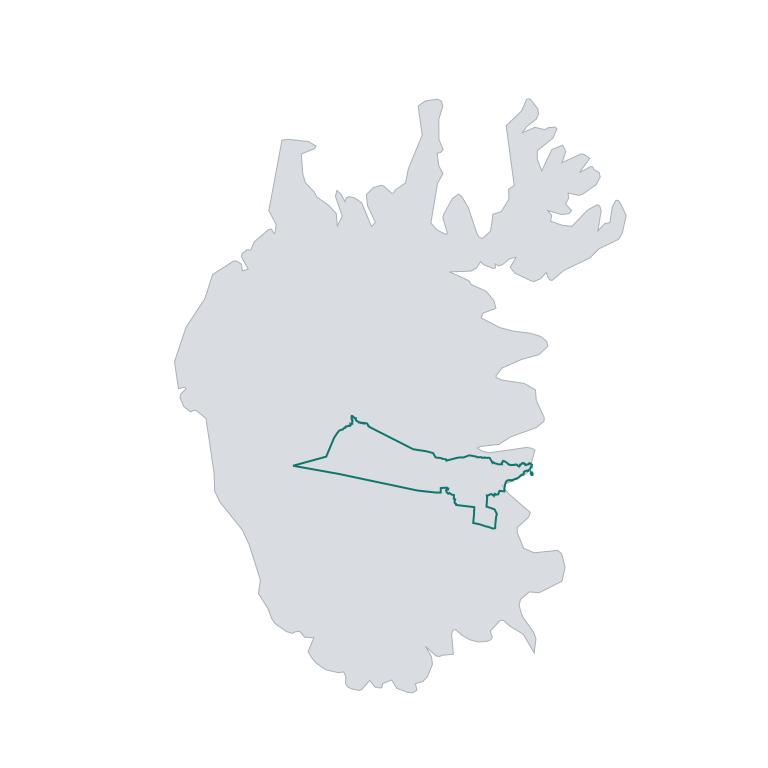 location of Þingeyjarsveit, Norðurland eystra, Iceland, rotated 100°
{"feature_id": "244011B2873245088627", "entity_name": "Þingeyjarsveit", "entity_type": "district", "adm_level": 2, "iso_a3": "ISL", "parent_name": "Iceland", "parent_adm1": "Norðurland eystra", "projection": "albers", "projection_center": [-17.794, 65.291], "detail": "fine", "context": "in_parent", "style": "outline", "palette": "teal", "viewbox_px": 768, "rotation_deg": 100, "n_neighbors": 0, "source": "geoboundaries", "source_scale": "gbopen_adm2", "svg_char_len": 9256}
<svg xmlns="http://www.w3.org/2000/svg" viewBox="0 0 768 768"><g transform="rotate(100 384 384)"><path d="M572.4,212.2L578.7,212.5L588.7,207.5L602.7,193.3L608.8,190.1L622.8,189.4L606.3,203.3L600.6,218.0L596.1,225.2L596.3,228.3L608.8,236.5L614.5,233.3L617.2,234.3L619.7,238.3L621.7,246.4L621.0,254.9L617.9,263.6L613.5,270.9L614.2,273.1L618.1,274.1L638.1,268.8L640.9,279.1L642.9,282.4L642.6,286.0L635.1,297.6L644.2,290.0L651.6,287.6L664.7,290.4L670.2,294.1L673.7,301.0L680.0,298.4L683.2,302.3L683.6,306.6L681.5,318.6L674.2,325.1L679.3,333.4L683.2,333.3L684.1,335.2L684.0,340.3L678.4,346.7L688.6,352.7L690.1,355.1L689.9,362.7L688.6,367.2L685.7,369.9L678.6,370.8L674.5,373.9L676.2,378.5L675.6,391.5L670.6,402.4L665.6,408.3L660.7,412.3L646.1,409.0L647.1,418.1L642.2,424.0L643.5,428.6L645.4,430.9L644.8,437.0L638.8,449.8L634.3,454.0L625.2,459.3L612.2,471.3L598.5,471.7L565.3,489.1L552.2,498.3L528.8,525.1L518.7,532.2L501.4,535.8L448.9,553.3L443.0,563.7L442.7,565.9L445.0,569.9L441.0,577.2L433.0,582.5L429.2,582.4L422.7,577.9L421.8,580.1L424.4,585.6L398.3,594.2L362.5,588.8L331.0,575.2L305.9,571.8L288.9,553.3L288.6,550.5L290.7,545.2L297.2,543.2L294.4,537.7L283.3,546.6L279.9,546.2L275.5,542.2L275.5,538.5L266.7,536.6L252.0,524.5L251.0,521.9L254.9,518.4L254.2,517.6L245.9,517.8L233.3,527.5L161.7,526.8L159.7,521.1L158.3,500.6L161.5,492.2L164.4,493.3L171.8,505.4L191.2,500.4L199.2,496.6L207.1,486.0L211.4,482.7L218.0,469.0L224.3,460.7L236.5,457.4L226.0,454.2L207.6,464.4L201.6,464.0L204.7,459.2L211.2,454.1L207.0,453.5L205.6,450.9L205.8,445.6L209.4,437.4L231.1,423.7L226.4,420.5L211.3,431.1L200.6,434.3L192.4,428.5L188.8,421.2L189.3,418.1L194.9,409.5L194.2,407.7L190.9,406.6L182.3,397.7L167.8,397.4L132.3,389.6L104.3,398.6L98.3,392.7L94.1,380.8L95.6,376.4L100.6,374.4L113.7,376.0L133.5,372.4L142.9,366.5L146.2,368.4L147.5,371.8L159.8,367.8L166.6,362.5L177.1,366.1L217.4,365.8L223.1,358.5L225.8,349.5L225.0,347.5L209.8,355.0L206.4,354.6L189.7,349.0L184.0,343.5L186.3,339.6L195.9,331.5L219.7,318.6L223.0,315.9L223.6,312.4L215.0,305.6L197.8,306.1L194.0,298.5L180.2,293.1L170.6,295.1L166.0,290.2L108.4,308.5L91.4,296.0L78.7,292.9L77.9,289.5L86.5,280.1L91.8,278.7L96.8,280.2L105.9,288.3L112.5,291.2L105.0,279.9L105.6,269.8L103.2,267.0L101.3,260.1L102.6,258.0L112.5,260.4L127.6,273.5L135.8,272.2L146.7,265.7L124.0,259.4L117.8,249.6L123.3,245.3L135.1,247.1L123.3,230.1L123.0,227.3L125.9,220.6L141.8,228.2L134.0,218.1L133.9,216.0L136.5,214.5L138.4,208.9L142.7,207.0L150.8,209.7L162.8,221.6L164.4,224.8L164.0,235.8L169.2,234.5L175.1,236.5L180.7,229.4L184.1,231.5L186.3,238.3L184.8,252.9L188.8,248.1L194.8,248.2L196.7,236.2L196.2,226.4L177.4,213.8L170.4,205.1L171.5,202.4L175.5,200.3L196.1,199.9L187.7,194.5L185.9,189.5L170.3,190.0L162.7,187.4L162.7,184.9L166.1,181.6L176.1,174.8L193.8,175.5L200.8,178.1L213.4,195.6L224.0,203.1L241.1,226.8L252.5,236.1L252.9,238.3L250.8,240.8L246.0,243.6L252.9,247.8L256.9,253.9L257.0,256.5L252.1,274.4L247.2,280.0L236.3,275.9L238.6,281.8L246.2,288.4L247.8,292.0L246.4,295.3L250.3,294.4L251.4,296.4L249.1,306.6L246.8,310.2L253.4,312.7L257.7,318.0L262.3,339.1L266.1,323.3L268.0,317.5L270.9,315.5L275.0,299.4L282.9,290.2L290.1,286.9L296.8,298.5L302.0,299.9L308.3,280.2L309.5,265.6L308.6,249.4L310.0,237.9L313.8,231.1L318.5,229.2L328.1,236.4L335.9,252.7L347.8,270.6L356.4,275.2L358.0,274.7L359.7,269.0L359.1,246.0L363.4,233.9L373.7,231.2L389.4,220.3L393.0,220.0L400.5,226.6L413.9,249.8L423.6,260.6L428.6,277.8L430.9,281.0L433.1,275.6L433.4,268.0L421.7,232.5L421.6,227.7L422.8,223.9L444.0,225.9L448.8,229.8L463.6,250.0L470.8,241.7L485.1,217.7L490.0,218.4L502.3,227.9L507.2,227.0L521.4,218.1L524.2,206.9L517.7,184.4L520.1,179.7L533.1,173.8L547.3,174.5L562.6,195.0L563.5,204.8L572.4,212.2Z" fill="#d9dde1" stroke="#a8b0b8" stroke-width="1"/><path d="M468.8,246.8L467.6,247.1L466.1,247.3L463.9,247.3L460.7,247.2L458.7,246.7L458.5,246.4L458.2,246.3L458.0,246.0L457.6,245.7L457.3,245.2L457.1,244.3L456.9,244.1L456.9,243.8L457.0,243.6L456.9,243.2L457.0,243.0L456.9,243.1L456.7,242.8L456.9,242.6L456.7,242.5L456.6,242.3L456.6,242.1L456.7,241.9L456.8,241.7L456.6,241.3L456.8,240.9L456.7,240.8L456.6,240.6L456.3,240.7L456.0,240.5L455.6,239.6L455.1,239.0L455.1,238.6L454.9,238.3L454.7,237.7L454.3,237.6L454.1,237.3L454.0,237.0L454.0,236.5L453.6,236.3L453.3,235.7L452.7,235.2L451.8,234.6L450.4,233.4L449.4,232.7L449.0,231.8L449.1,231.6L449.2,231.4L448.9,231.3L448.7,231.0L447.8,230.7L447.4,230.8L446.3,230.9L445.6,230.3L445.3,230.0L445.3,229.6L444.9,229.2L444.5,228.3L444.4,228.0L444.5,227.6L444.9,227.3L444.6,226.9L443.6,226.6L443.2,225.9L442.9,225.7L442.5,225.3L441.6,225.3L441.2,225.0L440.6,224.8L440.3,224.5L439.8,224.6L439.5,224.5L439.4,224.4L439.5,224.3L439.4,224.3L438.5,224.4L438.0,224.2L437.8,224.3L437.7,224.8L437.4,225.2L437.1,225.4L436.9,225.8L436.9,226.2L436.6,226.8L436.6,227.0L437.0,227.4L437.5,227.6L438.0,227.6L438.1,227.8L438.1,228.2L438.2,228.5L438.5,228.9L438.5,229.2L438.6,229.3L438.8,229.8L439.1,230.0L439.1,230.3L439.3,230.6L439.2,230.8L438.3,231.1L438.1,231.6L438.1,231.8L438.3,232.1L438.2,232.4L437.7,232.6L437.9,233.0L437.8,233.8L438.3,234.5L439.0,234.6L439.6,235.5L439.7,236.0L440.0,236.1L440.8,235.9L441.8,236.5L441.6,237.4L441.2,237.9L441.0,238.4L440.5,238.8L440.4,238.9L440.4,239.1L440.4,239.6L440.6,240.3L440.6,240.5L440.5,241.0L441.0,241.4L441.3,241.9L441.3,242.1L441.2,242.5L441.4,242.9L441.5,244.0L441.7,244.3L441.8,244.8L441.9,245.2L441.8,245.7L441.5,246.2L441.5,246.3L441.8,246.8L441.6,247.2L441.3,247.6L441.2,248.0L440.3,249.1L439.8,250.3L439.3,251.6L439.0,253.3L439.7,253.4L440.1,253.5L440.5,253.7L440.7,254.2L441.0,254.3L441.3,254.3L442.0,254.4L442.6,254.0L443.3,257.6L442.9,258.9L442.9,259.3L443.0,259.6L442.8,261.2L442.6,261.7L442.3,262.3L442.1,262.7L442.7,263.0L443.0,263.3L439.8,265.9L438.7,266.9L438.4,267.3L438.8,269.8L438.9,270.1L439.0,270.3L438.9,270.8L439.0,271.2L439.1,271.4L439.0,271.6L439.0,271.8L439.1,272.0L439.2,272.3L439.0,272.5L439.3,273.0L439.5,273.8L439.5,274.2L439.5,274.4L439.5,274.5L439.6,274.9L439.3,275.2L439.4,275.4L439.3,275.8L439.3,276.1L439.3,276.3L440.0,279.1L439.6,279.9L439.5,281.0L439.4,285.4L439.5,287.8L442.6,293.0L443.0,295.9L443.8,298.7L448.6,309.2L447.5,309.7L447.4,313.1L447.5,313.4L447.4,313.7L447.3,314.5L447.0,315.2L447.4,320.1L447.4,320.4L443.5,323.7L442.9,331.0L443.2,343.8L441.7,348.8L428.8,391.0L428.5,391.0L428.3,391.3L428.4,391.5L428.1,392.1L427.8,392.2L427.7,392.5L427.3,392.8L426.7,392.9L425.9,393.8L425.9,394.3L425.8,394.5L425.8,394.8L425.7,395.3L425.8,395.5L426.2,395.8L426.3,396.0L426.1,396.3L426.0,396.6L426.2,396.9L426.0,397.2L425.9,397.3L426.5,397.8L426.4,398.2L426.2,398.3L426.2,399.1L426.0,399.3L426.4,399.9L426.3,400.0L426.1,400.2L426.1,400.3L426.2,400.5L426.0,400.8L426.1,401.1L426.0,401.8L426.2,402.0L425.8,402.3L425.7,402.8L425.5,403.3L425.2,403.6L425.2,404.1L424.8,405.1L423.9,405.6L423.5,406.0L423.3,406.0L423.0,405.7L422.6,405.8L422.7,406.4L422.6,407.2L422.0,407.9L421.8,408.4L421.6,408.6L421.4,408.9L421.4,409.3L421.0,409.7L421.1,410.2L421.1,410.3L421.4,410.4L422.2,410.1L422.4,409.8L422.7,409.9L423.0,409.7L423.2,409.9L423.8,409.9L424.1,409.7L424.3,409.7L424.5,409.3L424.7,409.1L425.0,408.9L425.5,409.0L425.9,408.6L426.1,408.5L426.6,408.8L427.4,408.7L427.7,408.5L428.0,408.6L428.3,408.5L428.3,408.9L428.4,409.0L429.0,408.7L429.1,408.8L429.0,409.0L429.3,409.5L429.7,409.7L429.7,409.8L429.6,410.0L430.2,409.8L430.9,409.9L431.0,410.2L431.3,410.4L431.3,410.6L431.3,410.9L431.1,411.3L431.2,411.6L431.5,411.6L431.6,411.8L431.6,412.0L431.8,412.3L431.8,412.5L432.0,413.0L432.2,413.3L432.3,413.4L432.4,413.5L432.6,414.3L432.8,414.4L433.2,414.3L433.5,414.3L433.7,414.5L433.6,414.9L433.9,415.2L434.2,415.3L434.7,416.0L435.4,416.5L436.0,416.7L436.7,418.5L437.7,420.0L438.4,420.4L440.3,421.5L445.6,423.8L465.6,428.3L480.3,459.4L480.4,413.6L483.1,332.5L481.9,314.4L481.1,309.3L476.6,310.0L476.3,308.5L475.9,307.7L475.9,307.0L475.4,305.1L475.5,305.1L475.5,304.8L475.3,303.9L475.6,303.7L475.5,303.2L475.8,302.6L476.0,302.5L476.2,302.8L476.7,302.7L476.7,303.0L477.1,303.3L477.2,303.5L477.3,303.9L477.3,304.1L477.9,304.4L479.2,303.9L480.9,301.8L480.9,301.7L480.8,301.4L480.7,301.3L480.5,301.1L480.4,300.8L480.3,300.7L480.0,300.6L481.2,298.0L481.1,296.0L481.6,295.9L481.9,295.6L484.9,295.4L485.1,294.5L485.2,293.9L485.9,293.9L487.7,294.2L488.7,293.6L489.0,293.6L489.1,293.4L489.4,292.9L489.4,292.5L489.5,292.3L490.6,292.0L489.6,273.8L490.9,273.4L494.1,273.2L495.8,272.8L505.4,272.0L505.5,267.3L505.6,266.2L505.5,265.7L506.5,259.3L506.6,256.9L506.7,255.7L507.5,251.8L506.7,249.5L503.0,250.0L495.4,250.5L492.4,250.3L488.2,253.4L486.9,261.8L478.6,262.6L477.3,262.9L475.9,263.4L475.7,262.9L475.8,262.5L475.5,261.9L475.3,261.7L475.2,261.5L474.5,260.7L474.4,260.5L474.3,260.2L473.9,259.8L473.9,259.7L473.8,259.4L473.9,259.0L474.1,258.7L474.1,258.3L474.0,258.0L474.0,257.9L474.2,257.7L474.2,257.4L474.4,257.3L474.3,257.1L474.3,256.9L474.6,256.7L474.7,256.2L474.9,256.1L473.7,255.5L473.7,256.0L472.9,255.7L473.2,255.1L473.5,254.8L473.5,254.7L473.4,253.9L473.1,253.4L472.8,252.3L469.9,251.9L469.1,251.6L469.2,251.0L468.8,246.8ZM447.9,222.0L446.7,222.0L445.8,222.5L445.3,223.1L445.5,223.3L445.5,223.5L445.7,223.9L445.6,224.0L446.8,223.8L447.0,223.9L447.3,223.9L447.3,224.0L447.7,223.3L447.7,223.0L448.0,222.4L447.9,222.0Z" fill="none" stroke="#0f766e" stroke-width="2"/></g></svg>